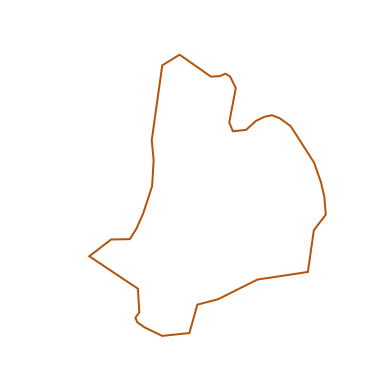 the border of Škocjan, rotated 61°
{"feature_id": "SVN-989", "entity_name": "Škocjan", "entity_type": "Municipality", "adm_level": 1, "iso_a3": "SVN", "parent_name": "Slovenia", "parent_adm1": "", "projection": "equal_earth", "projection_center": [15.306, 45.911], "detail": "fine", "context": "isolated", "style": "outline", "palette": "amber", "viewbox_px": 384, "rotation_deg": 61, "n_neighbors": 0, "source": "natural_earth", "source_scale": "10m", "svg_char_len": 635}
<svg xmlns="http://www.w3.org/2000/svg" viewBox="0 0 384 384"><g transform="rotate(61 192 192)"><path d="M198.4,313.0L194.3,285.8L203.1,269.2L197.2,258.5L187.1,245.1L167.6,224.1L145.7,210.2L127.2,202.1L66.8,156.6L65.9,136.3L100.3,119.5L104.1,111.6L104.7,105.5L109.4,102.7L122.3,103.3L149.2,125.7L158.6,126.8L163.9,114.7L160.8,101.5L161.4,92.0L163.6,84.9L169.9,79.6L182.1,73.8L225.3,71.0L245.7,74.4L260.7,78.7L276.7,86.0L284.5,104.0L318.1,129.4L300.3,177.2L298.4,221.4L293.1,241.9L314.1,262.7L303.4,287.8L287.8,298.9L279.5,303.0L274.5,302.5L271.7,296.4L250.4,286.2L198.4,313.0Z" fill="none" stroke="#b45309" stroke-width="2"/></g></svg>